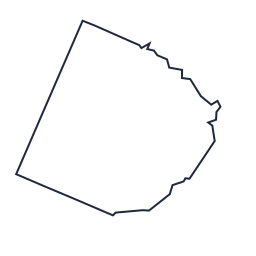 Franklin, Tennessee, United States of America (Natural Earth projection), rotated 113°
{"feature_id": "52423323B14887916577192", "entity_name": "Franklin", "entity_type": "district", "adm_level": 2, "iso_a3": "USA", "parent_name": "United States of America", "parent_adm1": "Tennessee", "projection": "natural_earth1", "projection_center": [-86.154, 35.175], "detail": "fine", "context": "isolated", "style": "outline", "palette": "slate", "viewbox_px": 256, "rotation_deg": 113, "n_neighbors": 0, "source": "geoboundaries", "source_scale": "gbopen_adm2", "svg_char_len": 580}
<svg xmlns="http://www.w3.org/2000/svg" viewBox="0 0 256 256"><g transform="rotate(113 128 128)"><path d="M195.8,76.4L172.6,63.7L163.2,64.7L155.4,55.9L151.8,55.5L150.7,51.6L106.1,43.1L92.9,51.3L91.6,56.3L86.0,50.2L78.7,52.8L72.3,51.2L68.1,56.2L74.0,60.5L70.2,73.4L58.7,89.8L60.9,97.9L53.4,100.9L56.3,113.6L49.6,118.9L49.6,129.4L46.6,134.4L47.8,141.1L41.7,141.2L49.2,146.9L47.3,150.0L47.3,157.3L46.7,199.0L47.0,211.7L49.8,211.7L141.5,212.4L214.2,212.9L214.3,181.1L214.2,152.9L214.3,107.7L210.7,106.3L197.9,82.3L195.8,76.4Z" fill="none" stroke="#1e293b" stroke-width="2"/></g></svg>